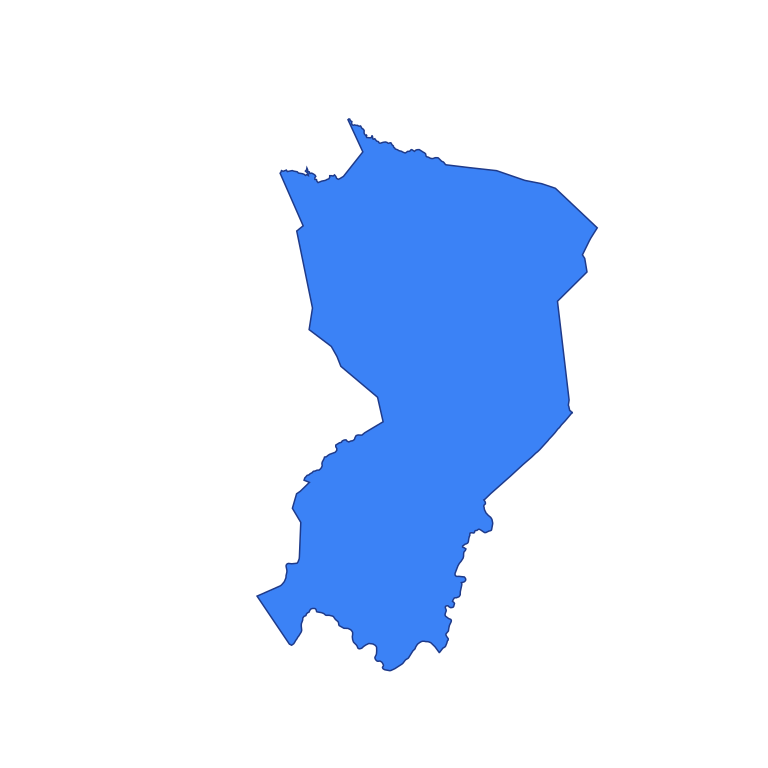 Goh, Fromager, Ivory Coast, rotated 130°
{"feature_id": "98640826B83650084589555", "entity_name": "Goh", "entity_type": "district", "adm_level": 2, "iso_a3": "CIV", "parent_name": "Ivory Coast", "parent_adm1": "Fromager", "projection": "orthographic", "projection_center": [-5.701, 6.152], "detail": "fine", "context": "isolated", "style": "filled", "palette": "blue", "viewbox_px": 768, "rotation_deg": 130, "n_neighbors": 0, "source": "geoboundaries", "source_scale": "gbopen_adm2", "svg_char_len": 6159}
<svg xmlns="http://www.w3.org/2000/svg" viewBox="0 0 768 768"><g transform="rotate(130 384 384)"><path d="M644.1,289.2L643.8,288.5L643.6,287.0L642.7,286.6L640.9,286.2L638.7,286.5L637.4,286.8L635.3,286.9L633.5,287.3L632.0,287.3L627.9,287.9L626.9,288.1L625.5,288.8L622.6,291.8L620.8,293.2L617.2,294.5L615.4,295.8L613.3,295.9L611.8,295.0L611.1,295.1L610.2,295.6L609.1,295.5L608.5,295.6L607.1,294.8L605.2,295.3L604.1,295.4L603.2,295.3L602.3,294.8L601.4,293.9L600.4,292.6L600.3,291.8L600.7,290.6L601.3,290.0L601.7,289.0L599.4,285.0L598.9,283.7L598.5,282.2L598.6,280.6L598.5,279.9L598.2,279.4L596.4,277.3L594.9,274.3L594.7,273.2L595.6,269.9L595.6,266.5L596.2,265.3L597.4,264.0L597.9,263.1L596.9,257.7L594.4,254.5L593.7,251.8L593.7,250.8L594.1,249.1L594.6,248.2L596.2,246.9L597.9,245.9L598.6,245.2L599.9,243.8L601.2,241.7L601.4,240.9L601.7,237.4L602.0,236.3L603.1,234.2L603.0,233.2L602.5,232.4L600.7,231.2L598.2,230.9L595.7,230.2L592.5,228.8L590.7,226.1L590.2,225.1L589.8,222.7L590.1,221.1L590.5,220.4L593.1,218.1L595.6,216.3L596.9,215.8L598.8,215.4L599.6,215.0L600.0,214.4L600.4,213.7L600.7,212.5L600.7,211.1L600.1,210.2L598.9,209.1L598.7,208.5L598.5,206.9L598.8,205.7L599.7,203.7L600.3,203.3L602.0,203.1L602.4,202.5L602.7,201.9L602.7,201.1L602.4,199.7L599.9,195.3L599.1,194.6L595.1,192.7L587.0,190.2L585.7,190.0L581.8,190.2L581.1,190.1L578.6,189.2L577.8,189.2L569.9,190.3L567.0,190.0L564.9,190.7L561.8,191.1L559.2,190.5L557.3,189.8L556.4,189.2L555.2,187.8L554.6,186.6L553.0,184.5L552.2,182.3L552.1,181.5L552.5,176.1L554.2,169.1L553.6,168.9L548.6,169.1L546.2,168.3L545.3,168.3L542.2,169.3L540.0,170.3L538.8,170.3L537.8,171.1L537.1,173.8L536.7,174.7L536.2,175.5L535.4,175.9L531.8,175.9L529.4,177.4L526.9,178.7L523.1,179.7L522.1,180.2L521.6,180.8L521.4,181.6L522.1,183.7L522.3,187.6L521.7,188.8L520.1,189.7L517.8,190.5L517.0,191.3L516.3,192.7L515.5,193.7L514.3,193.8L513.6,193.4L512.8,192.5L512.9,190.7L512.7,189.8L512.4,189.0L511.1,187.9L510.5,187.6L509.7,187.6L506.8,188.9L506.4,190.1L506.5,191.8L504.5,192.4L502.7,192.6L501.9,192.0L501.3,191.2L499.0,189.9L498.2,189.8L497.2,190.0L496.5,190.1L494.1,192.0L487.7,195.4L486.8,196.3L486.4,197.1L485.5,196.3L483.8,195.3L482.9,195.2L481.9,195.3L481.0,195.9L480.6,196.6L480.3,197.6L480.2,198.5L483.0,202.7L484.7,204.7L484.9,205.6L484.7,206.6L483.9,207.5L483.2,207.9L475.7,210.5L472.9,211.0L470.1,211.0L466.4,211.5L464.7,212.4L463.0,213.8L461.7,214.6L460.9,214.8L459.3,214.7L457.7,215.2L457.9,217.4L458.2,218.0L458.4,219.0L457.6,219.6L454.5,218.9L453.7,218.3L452.2,217.7L450.8,217.9L447.7,219.8L445.8,220.7L445.0,220.8L443.7,221.9L442.7,222.2L441.8,221.5L440.4,219.4L439.5,219.3L438.7,219.8L437.6,219.8L436.4,218.7L434.7,218.3L434.1,217.8L433.7,216.4L433.2,211.5L432.4,210.5L429.0,209.0L428.5,208.5L427.2,207.8L426.5,207.9L421.2,210.9L420.5,211.5L418.3,214.3L417.6,216.4L417.6,219.8L417.1,223.4L416.5,224.3L416.0,225.7L415.1,227.0L414.0,228.2L413.6,229.0L412.5,229.5L410.6,229.3L409.6,230.2L409.1,231.1L408.6,233.0L407.3,232.6L399.4,231.8L373.2,227.9L356.2,225.7L345.1,223.9L339.4,223.3L337.1,222.8L334.1,222.5L321.9,222.0L320.4,222.1L315.4,221.8L311.3,221.7L306.7,221.9L304.7,221.6L301.4,221.8L295.9,221.5L286.4,221.5L285.4,221.4L285.1,221.2L284.7,221.6L285.0,222.6L284.7,223.6L284.9,224.3L284.8,225.0L284.2,225.6L283.6,226.5L282.6,227.7L281.7,229.2L277.3,231.9L209.1,304.3L167.7,300.5L158.8,310.9L157.5,315.0L142.5,318.7L139.1,319.4L127.3,321.0L123.9,378.5L129.2,392.0L137.5,407.0L148.2,434.9L163.4,457.7L176.3,477.5L176.2,479.0L175.8,480.4L175.8,481.5L176.3,483.0L175.9,487.7L176.4,488.7L177.8,490.3L179.8,491.4L180.6,492.4L181.2,493.4L181.7,495.7L182.5,497.5L182.4,498.2L180.9,500.2L180.9,501.8L181.1,502.5L181.8,507.7L183.3,509.3L184.5,510.0L186.2,510.2L186.6,513.4L187.4,513.9L188.6,513.9L189.3,514.0L190.7,515.5L192.3,515.8L193.3,516.2L193.7,516.9L194.4,519.2L194.4,520.0L195.6,522.4L195.9,524.3L196.7,526.4L196.3,527.7L196.5,528.2L196.2,529.1L195.6,529.9L195.6,531.5L194.8,533.8L195.6,534.6L196.7,535.2L197.0,536.0L197.0,537.0L197.7,538.5L199.5,540.1L201.9,541.6L202.3,542.1L202.4,543.2L202.0,543.7L202.0,544.3L202.5,545.3L202.6,545.7L202.3,547.8L202.0,548.7L203.4,549.6L203.2,550.3L201.7,552.0L201.5,552.5L201.9,552.8L202.3,552.6L202.4,552.0L203.0,551.8L203.5,552.2L204.4,553.0L206.3,555.7L205.8,556.6L204.7,557.0L204.6,557.4L205.1,557.4L205.4,557.8L205.0,559.9L204.0,561.1L202.8,561.9L202.4,562.5L202.1,564.1L202.4,565.0L201.4,567.8L202.3,568.5L202.6,569.2L202.9,569.7L202.8,570.4L203.9,571.8L204.5,573.2L205.5,573.8L205.8,574.5L205.8,575.3L205.0,576.5L203.6,577.3L203.9,579.0L203.1,580.5L203.5,581.3L204.7,581.5L219.8,549.4L251.0,548.5L254.9,549.8L256.6,550.6L256.9,552.6L256.0,554.2L255.6,556.3L257.4,556.7L258.2,558.2L259.3,559.5L260.5,558.5L262.2,558.1L263.9,559.1L265.7,559.8L268.6,562.1L272.1,564.0L271.8,565.8L270.8,567.1L271.7,568.4L270.5,569.6L268.8,569.7L268.3,571.3L268.5,573.1L268.9,574.9L270.4,576.1L269.5,577.5L270.1,579.1L268.9,580.3L268.1,581.9L269.7,581.0L271.4,581.1L271.6,577.5L272.9,576.0L273.1,577.7L274.7,578.2L274.7,579.9L275.4,581.8L277.4,585.1L277.2,586.9L278.9,589.9L279.5,591.5L283.4,594.6L282.9,596.3L285.9,598.0L286.4,599.7L288.1,599.1L289.3,599.1L314.8,547.6L322.9,549.2L371.8,487.6L390.5,476.3L389.1,448.5L393.2,437.6L398.2,428.4L398.3,380.4L413.5,360.4L433.6,367.4L437.4,368.1L438.6,369.6L439.7,371.1L441.4,372.2L443.6,371.8L445.5,371.0L447.5,371.5L449.2,372.9L451.0,373.7L451.5,375.4L451.2,377.2L452.5,378.5L454.4,379.4L456.1,379.2L457.8,380.4L461.8,381.7L463.1,380.6L463.8,378.6L465.3,377.5L467.7,377.5L472.9,380.5L474.6,381.0L476.8,381.4L478.2,382.6L479.9,381.9L483.6,381.1L485.0,380.3L486.3,378.8L488.2,378.2L490.0,378.1L491.8,378.5L493.0,379.9L494.9,380.8L496.3,382.0L498.3,382.1L500.1,382.9L501.8,383.1L503.5,384.2L505.2,384.2L506.9,384.3L509.1,383.4L507.3,377.9L520.0,379.2L524.3,380.4L538.1,374.3L543.5,358.8L570.8,337.7L572.4,336.6L575.6,335.5L576.5,335.4L577.3,335.5L581.0,339.1L582.9,341.9L583.7,342.4L584.3,342.6L585.1,342.6L586.0,342.3L586.8,341.6L588.9,338.9L590.1,337.8L591.1,337.2L593.7,335.9L595.0,334.9L595.7,334.5L598.8,333.5L599.9,333.3L603.1,333.3L604.2,333.4L605.5,333.8L628.1,344.9L644.1,289.2Z" fill="#3b82f6" stroke="#1e3a8a" stroke-width="1.5"/></g></svg>